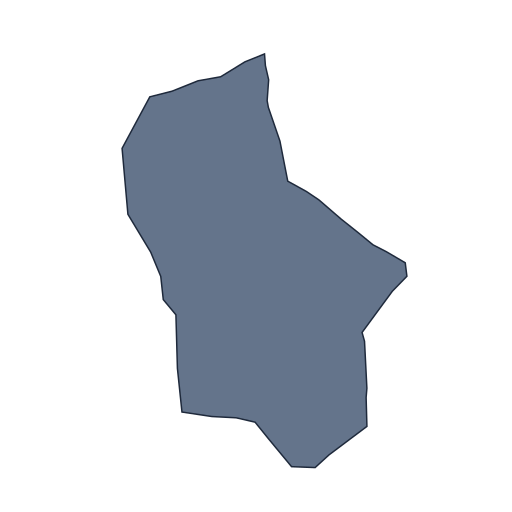 outline of Tu'vshinshiree, Sühbaatar, Mongolia, rotated 191°
{"feature_id": "93677404B92890816009325", "entity_name": "Tu'vshinshiree", "entity_type": "district", "adm_level": 2, "iso_a3": "MNG", "parent_name": "Mongolia", "parent_adm1": "Sühbaatar", "projection": "natural_earth1", "projection_center": [111.655, 46.29], "detail": "fine", "context": "isolated", "style": "filled", "palette": "slate", "viewbox_px": 512, "rotation_deg": 191, "n_neighbors": 0, "source": "geoboundaries", "source_scale": "gbopen_adm2", "svg_char_len": 679}
<svg xmlns="http://www.w3.org/2000/svg" viewBox="0 0 512 512"><g transform="rotate(191 256 256)"><path d="M408.0,336.1L389.7,272.5L360.1,239.7L345.6,217.8L338.7,195.5L323.4,183.0L311.7,130.7L298.9,88.7L268.7,90.0L244.6,93.4L225.2,92.7L208.3,78.5L180.9,56.0L157.6,59.6L146.4,74.7L114.6,109.9L120.9,138.1L121.9,147.3L133.2,193.0L137.3,201.2L115.4,247.5L104.0,264.9L108.2,277.8L128.6,285.0L143.3,289.3L159.2,297.9L179.7,308.6L204.8,323.0L218.7,328.9L239.1,335.5L247.7,356.7L254.4,373.3L272.2,404.2L274.7,410.6L277.2,431.4L283.1,444.7L286.2,456.0L303.9,444.5L324.9,425.2L346.4,416.9L369.8,401.8L390.6,392.0L408.0,336.1Z" fill="#64748b" stroke="#1e293b" stroke-width="1.5"/></g></svg>